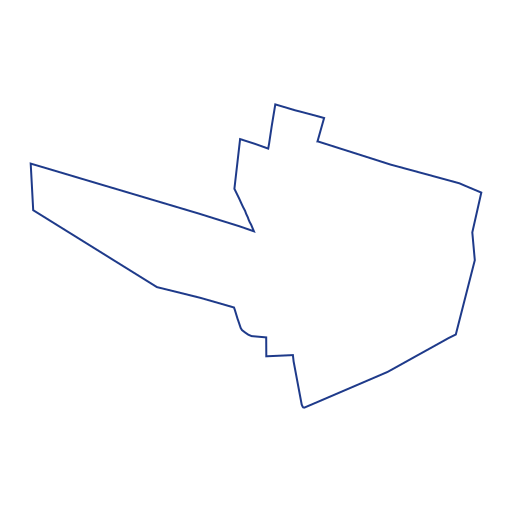 Gwanda Urban, Matabeleland South, Zimbabwe (Natural Earth projection)
{"feature_id": "62879985B63510140227201", "entity_name": "Gwanda Urban", "entity_type": "district", "adm_level": 2, "iso_a3": "ZWE", "parent_name": "Zimbabwe", "parent_adm1": "Matabeleland South", "projection": "natural_earth1", "projection_center": [28.998, -20.935], "detail": "fine", "context": "isolated", "style": "outline", "palette": "blue", "viewbox_px": 512, "rotation_deg": 0, "n_neighbors": 0, "source": "geoboundaries", "source_scale": "gbopen_adm2", "svg_char_len": 833}
<svg xmlns="http://www.w3.org/2000/svg" viewBox="0 0 512 512"><path d="M271.8,125.6L269.6,140.2L269.1,143.6L268.2,148.6L254.8,143.8L240.1,139.1L234.4,188.8L239.2,198.6L241.4,203.5L243.1,207.1L245.1,210.9L246.1,213.7L247.0,215.6L247.9,217.5L248.6,219.6L249.7,222.1L251.1,224.6L253.9,231.3L239.2,226.2L219.6,220.1L198.9,213.6L30.7,163.6L33.2,210.2L156.9,287.1L200.2,297.8L234.0,307.5L234.9,310.1L237.7,319.3L238.0,320.0L240.7,328.0L242.0,330.1L245.1,332.5L248.3,334.7L251.6,336.1L266.2,337.4L266.3,356.3L292.9,355.1L293.6,361.4L301.7,404.6L302.7,406.8L303.2,407.4L304.4,407.6L387.6,371.9L448.5,338.1L455.8,334.5L474.8,260.2L472.3,232.4L481.3,192.6L465.4,185.9L459.4,183.3L442.2,178.6L390.6,164.6L317.8,141.4L317.5,141.4L324.1,118.0L299.9,111.5L295.1,110.3L275.3,104.4L271.8,125.6Z" fill="none" stroke="#1e3a8a" stroke-width="2"/></svg>